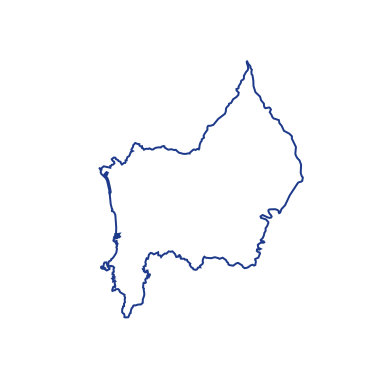 the State of São Paulo, rotated 116°
{"feature_id": "BRA-1311", "entity_name": "São Paulo", "entity_type": "State", "adm_level": 1, "iso_a3": "BRA", "parent_name": "Brazil", "parent_adm1": "", "projection": "albers", "projection_center": [-47.634, -22.544], "detail": "fine", "context": "isolated", "style": "outline", "palette": "blue", "viewbox_px": 384, "rotation_deg": 116, "n_neighbors": 0, "source": "natural_earth", "source_scale": "10m", "svg_char_len": 6102}
<svg xmlns="http://www.w3.org/2000/svg" viewBox="0 0 384 384"><g transform="rotate(116 192 192)"><path d="M315.8,220.1L315.2,220.7L312.1,221.2L311.4,220.2L310.4,220.4L310.6,219.6L309.8,219.9L307.8,221.6L306.3,222.1L305.9,221.8L305.6,222.5L306.9,223.7L305.6,224.1L304.9,225.5L304.3,224.7L304.3,225.5L302.5,224.5L302.6,225.9L300.9,225.7L300.4,226.4L300.8,227.4L299.2,228.0L298.0,227.3L295.6,228.8L294.1,228.8L293.5,230.4L293.8,232.0L294.5,232.4L294.3,233.6L294.7,234.5L294.2,235.8L293.6,236.1L292.4,235.9L291.0,236.3L289.0,234.9L287.6,235.1L287.2,234.6L284.5,233.9L279.9,233.4L276.0,234.5L274.8,235.8L273.8,235.6L271.4,236.6L271.1,236.3L270.0,237.9L268.3,238.6L269.5,238.7L271.1,237.2L272.2,237.0L270.6,238.9L270.4,241.0L269.8,241.5L268.7,241.0L266.6,242.3L265.7,242.1L267.0,241.0L266.3,239.0L264.4,238.2L264.4,237.4L263.6,237.2L263.5,238.3L262.8,238.7L262.8,239.3L261.4,239.0L262.7,240.9L263.8,241.1L263.8,242.4L263.5,242.6L262.9,241.9L257.0,244.6L246.3,250.8L244.6,252.8L244.0,254.3L244.3,255.5L243.8,255.9L242.7,256.1L242.7,255.3L242.0,256.8L238.6,259.7L230.5,264.7L228.8,265.1L227.7,265.0L224.5,267.3L218.6,272.0L216.5,274.3L215.2,276.8L214.4,277.3L212.9,277.2L213.1,276.6L214.3,276.4L214.0,276.0L212.6,276.0L212.1,277.3L211.6,276.9L211.6,277.5L212.2,277.8L214.7,278.4L216.7,277.6L215.6,281.1L214.7,282.5L212.6,283.4L210.7,286.2L212.2,283.5L211.7,283.1L210.3,283.8L207.6,282.6L206.0,276.1L204.6,276.8L204.4,276.3L202.8,276.1L202.0,274.9L200.1,274.3L198.9,275.4L198.8,276.9L197.7,278.5L195.3,277.4L194.8,275.8L195.8,274.7L195.7,272.7L196.4,271.6L196.2,269.5L197.3,268.5L198.0,267.0L195.9,266.0L195.1,264.8L194.1,264.8L192.8,265.6L192.1,264.6L191.2,265.1L188.9,265.3L187.3,264.2L182.7,264.5L181.2,263.3L181.2,264.5L180.4,265.1L177.5,264.8L175.8,265.3L172.8,264.5L172.7,262.1L172.1,260.3L173.3,259.6L173.5,257.8L172.8,257.0L174.5,256.0L174.2,254.9L175.0,253.7L173.2,252.2L172.4,250.0L171.4,249.4L171.5,246.8L170.8,245.6L169.2,244.8L167.8,243.5L166.4,241.4L165.7,239.6L164.6,239.3L163.2,237.8L163.0,236.8L163.7,236.5L164.1,235.7L164.4,231.9L162.7,229.5L162.0,226.1L161.2,225.1L162.4,221.1L161.5,216.5L160.5,214.3L158.8,212.2L158.5,211.0L157.3,211.0L153.4,209.4L152.8,208.6L152.7,207.2L151.0,206.1L150.7,204.5L150.1,204.5L150.1,205.0L149.1,204.8L146.1,205.8L143.5,206.1L141.8,205.7L140.4,206.3L137.9,205.0L136.5,206.2L134.0,206.2L129.3,205.4L127.2,206.5L125.9,206.6L125.3,206.3L124.3,204.3L122.2,202.2L114.9,200.5L107.3,196.7L104.8,196.9L102.2,198.0L100.4,197.9L98.1,197.0L96.4,197.4L94.8,195.9L90.6,195.7L87.1,193.7L84.5,192.9L82.2,193.6L81.2,196.5L79.9,197.2L79.1,196.1L78.0,195.7L76.8,196.4L72.6,196.0L70.3,196.5L68.3,195.2L67.2,195.1L64.8,196.3L60.2,196.0L58.5,195.4L56.7,195.5L54.8,196.6L51.6,199.6L49.9,200.2L51.7,198.2L53.5,194.5L54.6,194.1L56.0,191.7L57.5,191.5L59.9,190.2L60.6,188.8L65.0,185.7L69.9,183.1L74.5,178.7L76.4,172.7L79.3,170.1L81.0,166.2L83.3,164.8L84.4,163.6L84.4,162.6L82.2,159.7L82.3,158.7L83.3,157.2L86.2,157.1L87.8,154.4L89.6,152.4L90.1,150.8L89.3,145.5L91.8,143.6L93.2,140.4L96.7,136.2L96.9,130.1L98.1,126.6L100.2,125.7L106.0,118.3L112.1,116.0L113.6,114.8L115.4,112.2L116.5,109.2L119.7,105.9L127.3,102.6L129.7,100.2L130.3,98.8L133.6,97.8L134.6,98.2L136.6,100.4L137.4,100.8L152.2,102.7L163.0,102.5L168.2,104.1L171.8,103.7L172.8,104.4L172.5,105.0L171.1,105.7L170.7,107.3L171.0,109.7L173.7,114.8L174.8,115.3L175.9,114.8L177.4,112.9L178.4,110.5L179.3,109.6L180.5,109.9L181.3,111.0L181.6,112.6L181.7,118.4L183.9,119.7L185.0,118.6L184.2,113.6L185.6,110.2L186.5,109.8L189.8,109.5L192.3,110.0L194.6,108.8L197.1,109.0L199.9,108.3L202.6,108.3L205.0,109.2L205.7,108.4L204.9,106.0L205.6,105.0L206.3,105.6L207.4,108.0L210.5,109.7L212.6,108.4L213.1,107.0L213.1,105.4L214.2,106.2L214.5,107.8L215.1,108.4L216.6,107.9L217.0,105.6L216.7,104.7L217.5,103.9L221.9,103.6L224.5,105.8L225.2,105.6L226.3,104.2L229.9,103.1L230.9,104.0L230.8,105.7L232.1,107.0L235.1,108.6L236.7,110.2L237.4,111.5L237.0,113.4L236.0,114.7L235.5,119.5L236.8,120.9L240.2,122.7L241.3,126.4L241.1,127.6L239.9,128.4L239.4,130.2L238.3,131.5L237.6,135.6L240.1,138.1L239.9,139.3L240.6,142.9L243.1,145.7L245.0,150.7L244.7,152.5L245.5,152.8L248.1,152.6L249.8,151.9L250.7,151.1L252.3,151.1L254.7,152.4L256.0,151.5L256.2,152.4L257.1,152.9L257.4,153.5L259.2,153.6L260.3,154.4L260.9,156.8L260.0,157.8L260.0,159.5L258.5,162.1L257.2,162.1L256.3,165.6L255.2,166.6L255.3,167.6L255.9,168.4L255.4,169.7L256.8,172.7L256.5,173.2L255.4,173.5L255.0,174.1L255.4,174.8L254.3,175.2L254.2,175.5L254.8,176.1L256.4,176.4L257.3,177.6L255.2,180.1L253.9,183.5L255.2,185.3L255.6,186.9L258.7,188.0L259.2,189.5L262.1,190.9L264.0,191.3L263.0,192.6L263.6,194.6L261.1,196.0L264.8,199.0L264.5,200.8L264.9,202.5L267.2,203.3L271.3,202.2L271.6,202.5L271.5,203.7L272.2,203.7L275.7,203.1L277.0,201.8L278.1,201.9L278.7,201.3L280.3,202.8L281.6,201.6L282.8,202.4L283.3,201.6L283.2,200.5L284.4,200.4L284.7,198.8L284.4,198.2L282.6,198.2L282.1,197.5L285.2,195.4L284.5,193.8L284.8,193.5L287.2,193.5L286.2,194.9L286.2,195.4L286.7,195.6L289.3,194.5L289.8,195.4L291.3,195.6L293.6,193.8L294.4,194.3L294.7,195.6L295.1,195.7L299.4,194.1L299.8,192.9L300.8,192.7L304.1,190.4L306.0,189.6L310.2,189.1L313.2,187.7L315.4,188.6L316.8,191.1L318.8,193.1L319.2,194.4L320.1,194.9L321.6,194.8L323.2,195.3L327.0,194.5L327.5,194.1L328.2,194.6L332.5,194.4L334.0,197.0L334.1,197.9L332.5,198.6L331.3,199.7L331.3,200.9L330.5,202.2L327.4,203.5L326.5,203.3L325.0,203.8L324.4,203.0L322.1,204.2L320.6,203.9L318.1,205.4L316.3,205.8L315.1,207.2L314.0,207.5L313.6,212.4L313.0,213.6L312.2,214.1L311.6,215.8L313.0,218.1L314.0,218.1L314.6,219.1L315.8,220.1ZM300.2,238.8L299.8,238.9L300.1,240.3L299.3,240.9L298.7,240.7L297.8,239.0L294.8,239.8L293.7,239.7L292.8,238.2L295.9,235.1L296.9,232.6L297.4,232.4L299.9,234.2L299.6,236.7L298.6,236.5L298.5,237.5L298.9,238.5L300.0,238.3L300.2,238.8ZM228.2,265.4L230.3,264.9L228.8,266.2L227.1,266.8L218.7,273.6L216.6,277.0L216.3,276.9L216.9,274.4L218.4,272.7L223.3,269.2L225.2,267.2L226.8,266.6L228.2,265.4ZM265.4,239.1L266.5,241.3L264.9,240.6L264.2,240.9L263.1,240.7L262.5,239.8L263.3,239.8L263.3,238.8L265.4,239.1Z" fill="none" stroke="#1e3a8a" stroke-width="2"/></g></svg>